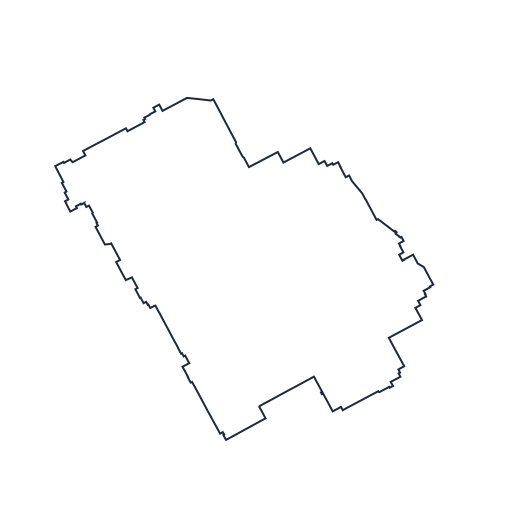 Wongan-Ballidu, Western Australia, Australia (Albers equal-area conic projection), rotated 242°
{"feature_id": "25037944B4040834169290", "entity_name": "Wongan-Ballidu", "entity_type": "district", "adm_level": 2, "iso_a3": "AUS", "parent_name": "Australia", "parent_adm1": "Western Australia", "projection": "albers", "projection_center": [116.851, -30.731], "detail": "fine", "context": "isolated", "style": "outline", "palette": "slate", "viewbox_px": 512, "rotation_deg": 242, "n_neighbors": 0, "source": "geoboundaries", "source_scale": "gbopen_adm2", "svg_char_len": 4606}
<svg xmlns="http://www.w3.org/2000/svg" viewBox="0 0 512 512"><g transform="rotate(242 256 256)"><path d="M107.7,143.2L107.7,143.5L107.8,155.5L108.2,185.9L108.1,188.2L111.1,188.2L115.9,188.2L120.8,188.1L121.3,188.1L121.5,188.2L121.7,188.5L121.8,188.8L121.9,194.3L121.9,200.2L122.0,209.8L122.1,220.3L122.1,226.4L122.2,244.2L122.2,245.7L122.2,247.8L122.3,247.8L122.3,248.1L122.3,250.5L108.5,250.6L105.0,250.7L105.0,249.3L103.1,249.3L103.1,250.7L99.1,250.7L88.8,250.8L85.0,250.8L82.8,250.8L82.8,258.9L83.0,259.4L83.0,260.1L82.9,260.2L80.1,260.2L79.1,260.2L79.2,265.1L79.2,277.5L79.2,281.4L79.2,285.9L79.2,287.7L79.2,290.8L79.2,300.5L78.4,300.6L78.2,300.7L77.9,300.9L77.9,301.0L77.9,307.4L77.9,310.0L77.9,312.2L76.9,312.2L76.9,312.9L76.9,313.9L76.9,315.6L76.9,315.9L81.6,315.8L81.6,326.8L85.4,326.8L85.4,328.5L89.0,328.5L89.1,335.1L89.4,335.1L102.9,335.0L104.2,334.9L104.2,335.0L108.0,334.9L112.1,334.9L115.7,334.9L121.2,334.9L121.4,334.9L121.5,365.0L121.5,372.5L135.4,372.4L135.4,378.1L140.3,378.1L140.3,379.5L140.4,383.0L140.4,383.9L140.4,384.3L140.4,384.9L140.4,385.8L140.3,386.8L140.3,387.2L142.9,387.2L142.9,387.8L146.6,387.7L146.6,391.5L146.6,392.2L146.6,395.2L147.5,395.2L147.6,399.1L154.2,399.0L154.4,399.0L162.2,399.0L167.4,399.0L173.4,395.3L177.3,395.3L183.4,395.3L183.4,392.1L183.4,384.8L183.0,384.8L183.1,383.0L189.9,383.0L190.0,387.9L196.9,387.8L196.9,388.1L199.9,388.1L200.0,393.4L204.4,393.4L204.4,392.3L206.0,391.6L205.5,390.6L206.1,391.6L208.1,390.7L208.7,390.4L208.8,390.3L210.1,389.7L210.3,389.7L211.0,391.3L211.5,391.2L211.9,391.0L212.4,390.7L213.0,390.5L213.0,390.4L212.6,389.6L218.1,387.1L218.3,387.0L220.7,386.0L220.8,385.9L221.8,385.4L227.3,382.9L231.3,381.0L231.3,379.4L235.0,379.4L238.8,379.4L239.1,379.4L244.2,379.4L250.9,379.4L254.8,379.4L254.9,379.2L257.0,379.2L261.4,379.2L277.1,375.9L282.2,376.0L283.4,376.0L283.4,372.2L292.2,372.2L295.1,372.2L295.1,372.5L300.3,372.5L300.3,367.0L302.1,367.0L302.1,361.1L306.5,361.1L307.7,361.1L307.7,354.5L316.1,354.5L325.6,354.5L325.6,348.7L325.6,341.5L325.6,324.1L337.6,324.1L337.7,306.9L337.7,306.6L337.7,304.6L337.8,291.5L339.1,291.5L346.9,291.5L348.2,291.5L348.4,291.5L348.6,291.5L348.7,291.4L348.9,291.3L349.1,291.2L349.3,291.1L349.5,291.0L349.7,290.9L349.8,290.8L350.0,290.8L350.3,290.8L355.0,290.8L364.2,290.7L364.3,290.7L364.5,290.8L364.9,290.9L365.0,291.0L365.3,291.3L365.5,291.5L365.8,291.7L366.0,291.8L366.4,291.8L375.0,291.8L375.4,291.8L382.0,291.8L388.4,291.8L397.3,291.9L399.9,291.9L402.0,291.9L414.5,291.9L414.5,289.6L414.5,289.4L414.6,289.2L414.7,288.8L422.3,277.8L423.7,275.6L423.8,275.5L424.8,274.0L425.9,272.4L426.3,271.8L428.0,269.3L428.0,266.5L428.0,265.0L428.0,253.5L428.0,244.4L428.0,241.6L435.1,241.6L435.1,235.0L433.0,235.0L432.3,235.0L430.9,235.0L431.0,229.8L431.0,229.4L431.0,229.1L430.9,228.8L430.8,228.7L430.6,228.6L430.6,228.4L430.5,225.9L430.6,222.4L429.0,222.4L429.0,220.5L426.5,220.5L426.5,209.4L426.5,201.1L429.8,201.1L429.8,176.8L429.9,163.1L429.9,161.8L429.9,152.6L424.9,152.6L424.9,152.4L424.9,138.2L426.0,137.8L426.5,137.7L427.9,137.4L428.4,137.3L428.4,137.0L428.3,130.2L428.5,130.2L429.5,130.2L429.6,123.8L429.6,120.9L422.2,120.8L411.7,120.7L411.7,118.9L401.9,118.9L401.8,116.9L394.0,116.8L394.0,113.1L392.1,113.1L391.7,113.3L391.6,113.2L391.3,113.0L382.4,112.9L382.4,120.3L384.4,120.3L384.4,125.8L383.5,125.8L383.5,129.3L383.4,129.2L378.9,129.2L378.9,132.2L370.9,132.2L370.5,131.4L370.3,131.4L362.3,131.4L360.1,131.4L360.1,130.7L357.1,130.7L357.1,128.0L352.3,128.0L347.5,128.0L337.1,128.0L335.2,132.6L335.2,134.1L325.6,134.1L323.0,134.1L316.3,134.1L316.3,129.7L306.2,129.7L295.8,129.7L295.8,129.9L295.8,130.4L295.8,131.4L295.7,132.0L295.6,132.8L295.6,133.6L295.5,134.2L295.5,135.1L295.4,135.9L295.4,136.4L283.3,136.4L283.3,133.9L278.8,133.9L273.5,133.9L273.5,134.6L267.1,134.6L267.1,137.4L267.1,137.5L263.5,137.5L263.5,138.2L259.8,138.2L259.7,138.4L259.7,140.7L259.7,142.9L259.7,143.0L259.6,143.5L259.5,143.9L256.8,143.9L253.6,143.9L250.9,144.0L250.3,144.0L248.1,144.0L245.3,144.0L244.1,144.0L242.2,144.0L239.1,144.0L235.8,144.0L232.9,144.0L229.9,144.0L226.8,144.0L224.0,144.0L221.1,144.0L218.4,144.0L216.2,144.1L213.4,144.1L211.1,144.0L206.9,144.0L206.4,144.0L204.9,144.0L204.9,145.0L201.3,145.0L201.3,146.7L198.3,146.7L198.2,146.7L196.8,146.7L192.7,146.7L192.7,143.9L192.7,143.6L192.7,139.3L192.7,139.1L186.9,139.2L180.9,139.2L180.9,138.9L174.9,138.9L174.8,140.4L168.1,140.5L162.0,140.6L156.8,140.6L154.6,140.6L147.3,140.6L139.0,140.6L135.3,140.8L135.3,140.7L125.8,140.8L120.5,140.9L116.0,140.9L116.1,144.0L113.3,144.1L113.3,143.1L107.7,143.2Z" fill="none" stroke="#1e293b" stroke-width="2"/></g></svg>